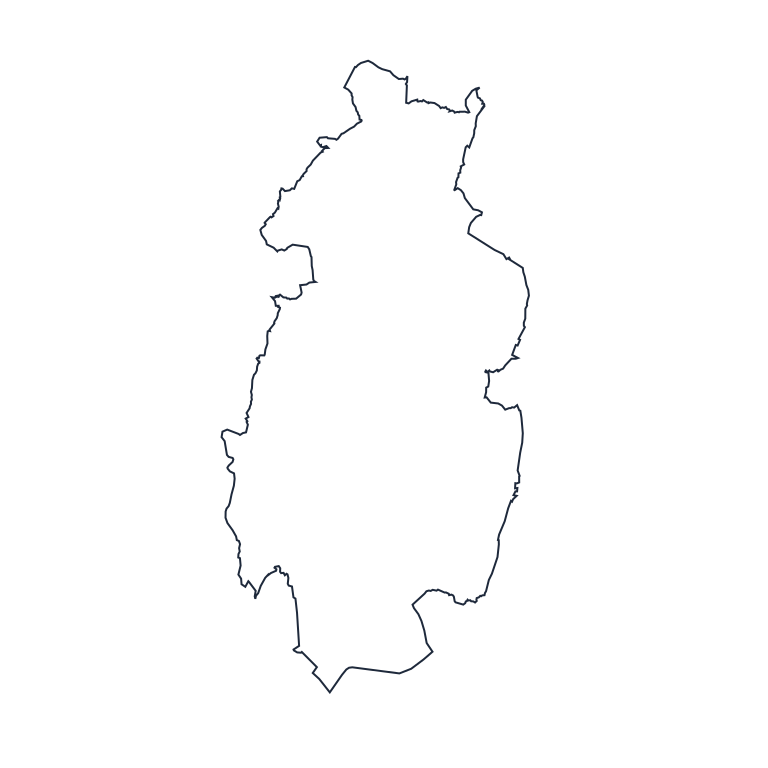 the district of Ocoyucan, Puebla, Mexico, rotated 192°
{"feature_id": "50627088B82486318160402", "entity_name": "Ocoyucan", "entity_type": "district", "adm_level": 2, "iso_a3": "MEX", "parent_name": "Mexico", "parent_adm1": "Puebla", "projection": "equal_earth", "projection_center": [-98.314, 18.93], "detail": "fine", "context": "isolated", "style": "outline", "palette": "slate", "viewbox_px": 768, "rotation_deg": 192, "n_neighbors": 0, "source": "geoboundaries", "source_scale": "gbopen_adm2", "svg_char_len": 6158}
<svg xmlns="http://www.w3.org/2000/svg" viewBox="0 0 768 768"><g transform="rotate(192 384 384)"><path d="M372.9,71.1L364.6,90.8L361.5,96.9L359.2,99.2L356.1,100.3L308.8,104.1L298.2,111.1L288.1,122.7L280.9,132.2L288.4,139.5L293.3,151.2L298.1,160.0L302.5,166.0L308.1,171.0L310.2,174.1L300.7,187.4L299.4,190.1L297.2,191.3L295.3,191.3L293.6,192.8L289.6,192.8L288.5,194.1L281.3,192.6L280.1,193.0L277.0,192.3L276.4,191.0L274.2,192.0L272.4,191.5L271.4,190.4L269.7,186.2L268.6,185.3L260.6,184.7L259.0,186.5L258.8,188.3L257.8,188.9L257.4,190.4L256.4,189.8L254.6,190.4L253.6,189.6L251.4,189.9L249.5,189.2L248.2,191.1L248.8,192.4L248.8,193.9L246.9,195.0L245.8,196.8L244.9,196.6L243.9,197.7L241.8,198.3L241.8,200.5L241.1,202.6L240.7,214.1L239.0,220.9L237.0,238.3L238.3,250.9L239.3,255.1L240.1,255.1L240.1,260.7L237.4,274.8L236.7,288.2L235.5,296.1L234.3,295.5L233.8,298.1L231.0,302.2L234.2,302.2L233.1,306.3L231.5,306.6L231.9,310.0L234.1,309.2L234.9,314.3L233.4,314.4L231.3,315.8L232.6,321.7L232.2,322.3L235.3,327.2L236.5,345.1L236.6,355.3L238.0,364.7L242.5,379.5L245.1,386.2L246.2,386.3L249.4,391.0L251.8,388.0L253.9,387.9L255.1,386.7L256.6,386.4L260.1,384.1L264.1,387.4L268.2,388.7L275.7,388.0L280.9,392.3L282.7,391.7L282.4,397.2L283.3,401.7L281.5,403.2L281.8,408.8L284.0,416.1L284.4,416.7L287.2,416.7L287.5,417.2L287.1,418.4L285.3,417.2L283.8,419.1L283.2,418.3L279.7,418.2L276.3,421.5L275.1,421.3L275.1,420.1L274.6,420.1L273.1,422.1L270.7,423.8L269.3,427.4L264.6,435.2L260.4,436.1L258.3,437.3L264.7,439.1L263.2,449.6L261.3,449.4L260.1,455.5L261.8,456.0L258.0,468.9L259.3,470.0L260.0,473.1L259.4,477.3L261.4,487.1L260.3,490.6L260.9,491.9L261.0,495.7L260.6,500.5L262.5,506.1L265.3,510.4L268.6,518.3L270.9,522.2L272.4,526.4L287.2,531.9L286.8,532.4L287.9,533.7L290.2,531.6L294.2,535.8L303.7,538.1L332.9,548.9L333.3,555.1L332.5,559.6L328.6,566.7L325.2,569.3L324.0,569.4L323.9,572.3L328.0,573.5L333.0,573.4L343.6,582.7L345.9,587.0L349.1,589.6L352.6,590.9L355.2,588.3L355.6,588.5L354.8,594.3L355.5,596.5L354.9,601.0L354.2,601.7L354.9,605.5L353.3,606.6L353.9,609.0L353.6,611.7L354.2,612.8L351.2,615.4L352.7,617.5L353.3,620.2L353.3,632.5L352.1,634.4L349.8,633.1L348.5,642.8L347.9,643.9L347.9,648.0L348.5,651.1L347.8,655.2L348.5,658.0L348.8,665.3L344.3,675.0L345.1,674.6L343.8,677.7L344.5,678.9L346.2,678.6L346.0,680.4L347.0,681.6L348.4,681.7L349.5,683.3L351.7,683.7L352.2,684.5L354.7,690.4L352.1,693.8L355.7,691.9L358.7,689.1L363.1,679.1L361.9,673.4L357.1,667.6L358.2,666.9L361.4,667.2L366.8,666.0L367.1,665.4L368.8,665.4L371.3,664.1L371.9,665.0L374.1,665.7L376.5,664.4L376.3,665.0L377.3,666.1L379.4,666.1L381.1,667.8L382.6,666.6L384.5,666.7L385.9,665.6L387.9,667.4L393.0,669.3L397.1,669.0L398.8,668.0L399.2,668.8L400.3,668.3L404.6,669.9L405.6,668.3L407.0,668.4L409.4,667.3L410.0,667.4L410.6,669.1L415.9,666.2L418.2,663.6L420.8,663.7L423.7,680.8L425.0,682.0L424.2,684.1L425.1,690.0L426.1,687.2L427.1,686.2L428.9,686.6L432.9,685.4L439.0,688.0L443.1,691.1L451.2,691.6L455.3,692.6L461.9,695.6L466.7,696.9L473.3,693.2L475.8,690.6L477.3,688.1L478.3,688.1L484.5,665.8L480.2,664.5L476.1,661.5L475.7,659.6L474.4,658.1L474.1,655.6L472.7,652.0L469.4,649.0L467.8,645.5L466.2,644.3L465.3,642.2L463.9,641.2L462.9,637.6L461.0,637.6L460.6,636.9L460.9,636.0L464.6,633.0L466.8,629.5L470.3,626.6L475.8,620.8L477.5,619.9L480.0,614.4L481.3,613.0L482.9,613.6L489.9,612.7L491.2,613.6L498.2,611.5L499.8,607.2L496.1,604.0L495.3,604.6L495.1,603.1L493.1,602.9L489.8,604.8L487.6,603.3L491.0,602.4L493.1,599.0L492.3,598.4L494.1,597.2L500.0,587.7L501.3,583.4L503.8,579.7L504.4,577.9L504.0,576.2L506.3,572.8L506.9,571.0L506.5,570.4L507.6,570.0L508.9,565.9L511.0,564.3L512.4,556.2L514.8,556.2L516.4,553.9L521.0,552.1L523.8,554.0L525.0,554.0L525.0,552.5L525.9,550.7L524.3,545.6L524.8,545.0L524.1,544.0L524.2,542.4L524.7,542.8L525.7,541.0L525.2,540.5L525.3,538.5L523.9,535.6L523.8,533.5L524.7,533.8L526.4,528.9L527.9,527.1L527.0,525.3L528.7,523.6L529.6,524.1L530.2,523.6L534.1,517.3L534.3,516.8L532.9,515.7L533.5,513.9L535.9,511.3L537.0,509.0L534.6,504.4L529.1,499.4L527.7,496.2L520.3,494.4L515.9,491.5L515.6,492.4L512.0,494.4L509.3,493.8L507.2,495.8L506.9,497.1L502.3,501.3L487.1,502.2L485.1,500.2L482.1,493.8L481.3,493.1L479.2,484.4L477.5,480.5L474.9,471.5L473.9,470.2L472.2,469.6L478.1,467.7L480.5,465.2L486.6,463.2L483.6,456.3L483.7,454.3L487.7,449.2L492.1,448.1L493.5,447.2L494.8,447.9L496.4,447.4L497.5,448.2L500.4,447.8L504.3,449.8L505.2,448.8L505.0,447.6L505.4,447.3L505.8,448.0L507.0,447.1L507.0,448.0L508.2,447.5L508.8,445.7L511.8,445.6L507.8,442.4L506.1,438.0L502.5,438.8L503.4,438.2L503.6,437.4L501.6,437.0L501.5,435.6L502.6,431.1L502.3,429.2L502.6,426.1L504.1,422.6L504.2,420.8L503.8,420.3L507.3,413.4L506.5,412.1L507.6,412.1L508.7,411.3L508.2,406.7L506.4,399.4L507.2,393.2L506.8,388.1L507.0,387.1L511.1,386.3L511.7,385.7L511.8,383.3L513.4,383.4L513.9,382.4L511.3,380.0L510.5,380.1L510.2,378.8L511.3,377.7L511.7,374.6L511.2,370.8L512.0,367.7L513.1,366.0L513.6,360.6L512.3,352.4L512.5,348.7L511.0,345.8L510.9,343.5L510.0,341.3L510.5,339.0L509.9,336.9L510.5,334.2L510.4,332.3L512.4,327.1L509.7,323.5L512.1,321.4L509.9,319.2L510.5,318.3L508.7,315.9L508.9,308.0L511.8,306.7L514.3,304.2L515.8,304.9L527.9,306.8L532.1,303.8L531.8,298.2L528.0,295.0L522.9,282.0L520.8,280.4L516.7,280.2L515.7,279.0L515.9,276.3L518.9,272.0L519.8,269.7L519.3,268.7L516.6,266.5L512.1,265.4L510.4,260.3L509.7,253.3L510.2,244.3L510.1,235.6L510.6,232.2L512.1,229.4L512.4,226.4L511.2,220.2L508.2,215.4L501.7,209.5L497.0,204.2L495.5,200.7L493.3,200.3L491.5,197.4L491.6,193.3L490.3,190.2L491.0,187.4L490.5,184.0L488.7,183.7L486.5,176.6L486.8,167.3L483.3,163.9L481.7,158.5L477.5,156.8L475.7,162.9L475.1,162.5L466.5,155.0L466.3,149.4L465.2,147.1L465.2,150.3L463.6,153.2L462.6,160.9L459.9,169.7L457.7,173.4L457.5,173.0L455.3,175.6L450.7,178.9L450.7,180.4L452.9,181.5L452.6,182.5L449.1,184.0L447.2,182.2L446.6,178.7L445.3,177.6L443.0,178.4L441.2,176.3L439.9,178.1L438.8,177.7L437.2,174.4L436.6,168.6L435.3,167.0L431.9,166.8L428.2,156.5L426.0,155.7L421.5,142.1L412.6,110.2L417.3,105.5L416.8,104.7L413.1,103.4L409.3,103.9L408.7,104.8L390.8,93.1L393.6,86.5L386.0,82.0L372.9,71.1Z" fill="none" stroke="#1e293b" stroke-width="2"/></g></svg>